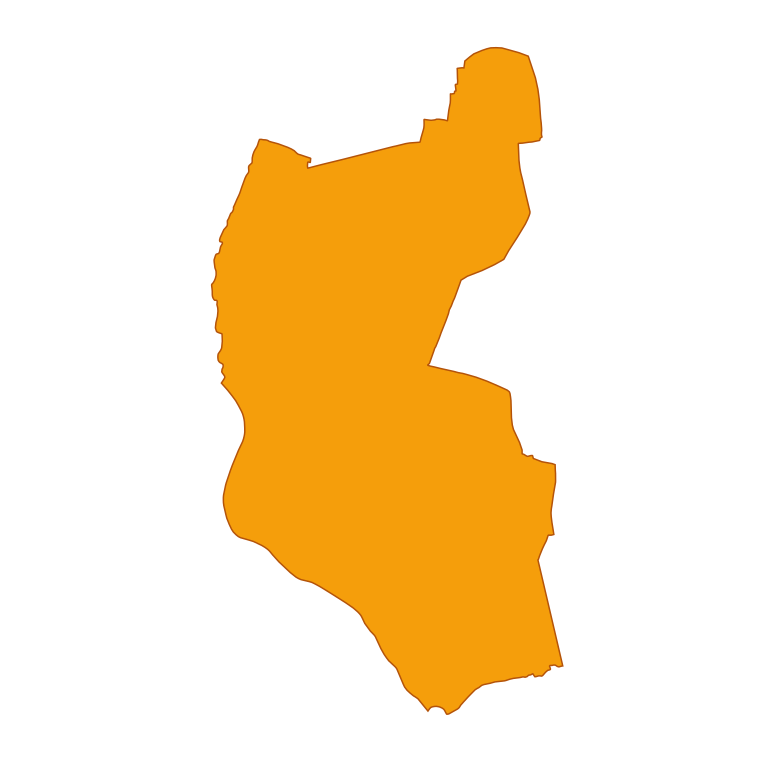 the district of Wat Phleng, Ratchaburi, Thailand, rotated 178°
{"feature_id": "78962969B25106488333665", "entity_name": "Wat Phleng", "entity_type": "district", "adm_level": 2, "iso_a3": "THA", "parent_name": "Thailand", "parent_adm1": "Ratchaburi", "projection": "robinson", "projection_center": [99.866, 13.45], "detail": "fine", "context": "isolated", "style": "filled", "palette": "amber", "viewbox_px": 768, "rotation_deg": 178, "n_neighbors": 0, "source": "geoboundaries", "source_scale": "gbopen_adm2", "svg_char_len": 6065}
<svg xmlns="http://www.w3.org/2000/svg" viewBox="0 0 768 768"><g transform="rotate(178 384 384)"><path d="M546.5,390.6L540.4,383.2L536.0,377.2L532.8,372.5L530.1,367.4L527.4,361.8L526.3,359.0L525.6,356.3L525.1,353.7L524.8,351.1L524.7,345.0L524.8,341.0L525.1,338.8L525.5,336.9L526.3,334.1L527.3,331.4L531.8,322.7L538.4,308.1L540.5,303.0L545.0,291.0L545.8,288.5L548.2,278.6L548.5,276.2L548.6,273.1L548.6,270.9L548.3,267.9L546.6,259.1L545.8,255.4L543.5,249.0L541.5,244.3L539.7,241.3L537.1,238.5L534.9,236.6L532.7,235.4L525.2,233.0L520.0,231.2L511.9,227.0L508.8,225.0L506.1,222.9L504.2,221.0L501.0,216.8L495.1,209.8L484.2,198.8L478.7,194.1L476.3,192.6L473.8,191.4L465.5,189.1L462.9,188.2L459.9,186.6L455.3,183.9L445.8,177.6L430.3,167.0L422.5,161.2L418.3,157.3L416.6,155.4L415.1,153.4L413.9,150.9L411.5,145.3L406.2,137.5L402.6,133.5L401.5,131.9L396.3,119.6L393.2,113.6L390.8,109.9L388.9,107.2L382.9,101.2L381.8,99.9L381.0,98.5L375.2,83.3L374.0,80.5L371.7,77.2L368.6,74.1L365.4,71.3L363.8,70.3L361.1,68.3L351.5,55.6L349.7,58.0L348.6,59.0L348.1,59.3L346.8,59.7L344.8,60.0L342.7,60.0L339.9,59.4L337.6,58.3L337.1,58.0L336.0,57.2L335.5,56.7L334.8,55.6L333.4,52.7L333.0,52.0L332.7,51.8L332.4,51.8L330.8,52.0L321.9,56.6L320.9,57.3L320.0,58.2L318.6,60.3L315.8,63.3L310.8,68.4L304.0,74.9L303.3,75.4L302.0,76.2L299.8,77.3L297.0,79.3L296.4,79.6L294.4,80.2L288.4,81.2L283.5,82.4L274.2,83.1L272.6,83.4L268.5,84.6L264.9,85.3L258.2,85.9L255.7,86.4L254.9,86.4L253.4,86.1L252.8,86.1L251.2,86.6L249.7,87.9L247.5,88.2L245.6,89.2L245.4,89.2L245.2,88.9L243.5,86.2L242.5,86.2L239.6,86.9L238.7,86.9L236.6,86.6L235.9,86.9L235.5,87.2L232.6,90.3L230.4,92.1L228.2,92.6L227.7,93.0L227.6,93.5L228.4,96.2L228.4,96.4L228.1,96.8L227.8,96.9L225.7,96.9L224.4,97.2L222.9,97.1L222.3,96.9L220.7,95.7L219.5,95.3L219.0,95.2L216.2,95.9L215.2,96.0L236.3,202.8L235.8,203.4L234.4,207.2L231.5,213.7L229.4,217.8L227.5,221.2L227.0,222.3L225.3,226.9L224.9,227.2L222.1,227.1L220.6,227.4L219.5,227.7L221.0,239.7L221.5,245.5L221.6,249.0L221.5,250.3L221.1,253.5L220.5,256.5L218.4,268.4L216.0,279.8L215.9,281.3L215.7,288.5L215.8,291.6L215.8,297.4L218.8,298.6L229.0,300.8L237.2,304.3L237.4,304.6L238.0,307.1L238.4,307.4L240.1,307.3L242.1,306.8L243.3,306.7L243.8,306.9L246.7,308.8L248.3,309.4L248.4,309.6L248.3,313.2L250.6,320.8L256.2,334.0L257.2,338.5L257.8,345.8L257.7,362.9L258.0,366.7L258.4,370.0L258.9,371.5L259.2,372.0L261.1,373.6L268.9,377.5L280.9,383.2L291.8,387.6L301.3,390.7L304.9,391.8L309.5,392.8L313.7,394.1L327.2,397.6L332.8,399.2L337.2,400.3L339.4,401.1L339.6,401.4L339.6,401.5L338.3,402.6L337.8,403.2L337.5,403.9L332.8,415.9L332.1,417.9L331.0,419.5L327.2,428.0L325.2,433.1L319.9,445.2L317.2,451.9L316.1,455.9L314.0,459.7L312.1,464.3L310.6,467.2L309.6,469.6L305.7,479.3L303.4,485.1L296.9,488.8L282.0,494.0L269.3,499.5L259.9,504.4L254.7,513.0L245.7,525.9L237.2,538.9L234.6,543.8L233.1,547.2L232.3,549.3L232.1,550.9L235.6,568.2L238.5,583.5L240.0,590.4L240.7,595.2L241.3,602.8L241.4,619.4L241.0,619.8L237.0,619.9L230.5,620.6L227.7,620.7L220.5,621.9L220.1,622.0L219.7,622.5L219.5,623.7L219.3,624.1L218.6,624.7L217.6,625.2L217.5,625.4L217.5,625.5L217.9,627.3L217.9,628.8L217.8,630.4L217.6,631.5L217.6,634.3L217.8,639.4L218.0,641.8L218.2,643.7L218.9,662.9L219.9,673.1L222.0,684.7L228.4,706.6L237.6,710.4L249.9,714.3L254.4,715.7L260.3,716.2L265.7,716.2L269.5,715.4L274.5,713.9L282.7,710.8L286.6,708.1L291.9,704.0L293.1,697.1L295.0,697.3L296.4,697.2L299.6,696.9L299.8,696.8L299.9,696.6L299.8,695.2L299.9,686.9L299.8,684.2L300.1,681.3L300.4,681.1L302.0,680.9L302.2,680.6L302.3,680.3L301.9,675.9L301.9,674.4L302.0,674.3L302.8,674.2L303.2,674.0L303.5,672.3L303.7,672.0L303.9,671.8L306.2,671.5L307.4,671.6L307.5,671.5L307.7,665.5L308.0,662.4L308.6,660.0L309.7,655.2L311.0,647.3L311.3,645.3L311.4,645.0L311.7,644.9L314.4,645.8L316.1,646.1L319.7,646.7L322.2,646.8L324.0,646.2L327.4,645.9L328.6,646.0L334.5,647.0L334.7,646.8L334.8,646.6L334.8,644.6L334.9,641.4L335.2,638.8L335.8,636.6L338.3,629.0L339.4,624.9L339.8,624.4L349.9,624.0L353.8,623.5L363.8,621.4L366.7,620.9L417.3,609.9L438.5,605.5L452.5,602.4L452.7,602.5L452.9,604.4L452.9,604.9L452.5,608.1L452.3,608.4L451.9,608.5L451.4,608.4L450.3,608.0L450.0,608.0L449.9,608.1L449.4,611.9L449.6,612.2L459.5,615.9L461.1,616.4L462.0,616.8L463.1,617.7L465.6,620.3L468.4,622.1L472.0,623.9L481.6,627.8L486.2,629.2L487.6,629.6L489.4,630.2L490.6,630.7L491.4,631.3L492.3,631.7L493.0,631.9L493.9,632.1L496.0,632.3L498.3,632.8L499.9,632.7L500.9,630.4L502.0,627.2L502.7,625.7L504.9,622.3L505.9,620.5L507.1,617.4L507.5,615.7L507.8,614.5L508.0,610.4L508.2,609.9L508.3,609.5L511.2,607.0L511.7,605.9L511.8,605.0L511.7,601.3L512.1,600.0L514.2,597.3L514.6,596.6L515.7,594.5L519.3,585.6L521.3,580.2L522.4,577.8L524.7,573.3L527.1,568.2L528.2,566.1L528.3,565.4L528.3,563.9L529.1,562.1L529.6,561.2L531.2,559.8L531.4,559.5L533.5,554.8L534.8,552.7L534.9,551.9L534.9,550.1L535.0,548.7L535.1,548.0L535.7,547.0L538.7,543.8L542.5,536.2L543.2,534.1L543.3,533.1L543.1,532.3L542.9,532.0L542.6,531.9L541.7,531.7L540.8,531.3L540.6,530.8L540.6,530.3L540.8,529.6L542.1,527.6L542.6,526.6L543.9,521.5L544.4,520.6L545.1,520.1L546.5,519.8L547.2,519.5L547.8,518.6L548.3,517.3L549.4,514.2L549.5,513.2L549.4,511.2L548.9,506.0L548.5,504.7L548.1,503.5L547.9,502.3L547.9,500.3L548.0,498.5L548.6,496.3L548.9,495.3L549.9,493.1L551.2,491.1L552.6,489.7L552.8,489.0L552.8,488.2L552.5,485.0L552.4,482.5L552.5,479.0L552.3,477.2L551.8,475.8L551.3,474.8L550.7,474.0L550.4,473.7L550.0,473.6L548.6,473.5L548.2,473.2L547.9,472.7L547.8,472.1L548.2,469.1L547.8,467.3L547.5,465.8L547.4,462.7L547.9,458.8L548.1,457.3L549.8,451.2L550.4,447.0L550.5,446.0L550.4,445.4L549.6,442.5L549.2,442.0L547.8,441.2L544.4,439.9L544.2,439.7L544.1,438.8L544.1,432.3L544.9,426.2L545.3,424.8L546.4,422.9L548.5,420.1L548.8,419.3L549.0,418.1L549.1,416.7L549.1,415.9L548.9,413.6L548.2,412.3L547.8,411.8L547.2,411.2L544.9,409.8L544.4,409.3L544.2,408.9L544.1,408.3L544.2,406.9L544.5,405.9L545.3,404.5L545.7,402.0L545.6,401.5L545.3,400.9L543.1,397.6L542.9,396.6L542.9,396.0L543.8,394.4L546.5,390.6Z" fill="#f59e0b" stroke="#b45309" stroke-width="1.5"/></g></svg>